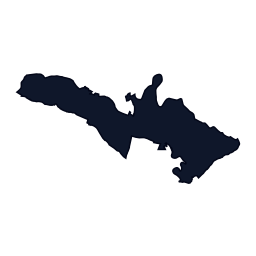 outline of Cuci, Mures, Romania, rotated 91°
{"feature_id": "2599482B99842368933543", "entity_name": "Cuci", "entity_type": "district", "adm_level": 2, "iso_a3": "ROU", "parent_name": "Romania", "parent_adm1": "Mures", "projection": "equal_earth", "projection_center": [24.16, 46.44], "detail": "fine", "context": "isolated", "style": "filled", "palette": "ink", "viewbox_px": 256, "rotation_deg": 91, "n_neighbors": 0, "source": "geoboundaries", "source_scale": "gbopen_adm2", "svg_char_len": 5678}
<svg xmlns="http://www.w3.org/2000/svg" viewBox="0 0 256 256"><g transform="rotate(91 128 128)"><path d="M94.1,239.7L97.0,234.9L97.3,234.8L98.0,235.1L98.2,232.3L98.6,230.8L99.3,229.9L99.5,230.0L101.5,226.5L101.1,226.4L102.2,225.0L102.3,224.9L102.7,223.3L102.8,221.7L103.2,219.9L103.2,219.6L103.0,218.9L103.0,217.5L103.4,214.9L103.6,214.4L104.3,213.2L105.7,211.5L105.8,209.8L106.5,206.4L106.5,204.1L106.0,202.8L106.3,202.1L106.1,201.7L105.2,201.1L105.5,199.8L106.5,199.3L107.0,198.8L107.4,198.7L108.0,198.3L109.0,196.8L110.1,195.8L110.1,195.1L110.9,194.2L111.7,192.3L111.7,192.0L112.1,191.4L112.2,190.5L112.9,189.4L112.9,188.4L113.2,187.5L113.2,185.0L113.7,183.8L113.7,182.6L114.1,181.1L114.4,180.7L115.0,180.3L115.2,179.7L115.6,179.4L120.2,168.1L123.5,169.0L123.9,168.2L124.1,166.9L125.3,167.2L125.6,166.2L125.8,165.1L125.7,164.6L125.8,163.8L126.6,161.9L127.8,160.1L128.5,159.3L130.0,158.2L133.4,156.2L138.6,152.9L140.7,150.9L140.7,150.3L141.7,149.0L142.6,148.1L144.1,146.9L145.0,146.6L148.4,141.4L150.9,138.4L151.3,136.8L151.2,136.7L151.6,136.1L154.0,134.4L156.7,131.9L158.2,129.7L155.9,129.3L154.7,129.0L153.4,128.4L153.2,128.5L150.9,127.5L147.7,126.4L146.3,126.3L135.9,124.2L137.0,120.1L137.5,116.6L137.3,113.0L137.3,111.8L137.4,111.2L138.2,108.4L139.6,105.4L140.0,104.3L140.0,104.0L141.3,101.5L142.1,101.9L142.6,99.3L143.2,95.3L148.9,97.4L148.8,90.3L147.7,90.8L147.8,91.1L147.3,91.4L147.2,91.2L145.8,91.7L144.8,89.7L145.7,89.4L145.4,88.8L143.5,89.6L143.0,90.4L142.3,89.7L144.3,86.6L146.1,85.3L147.5,84.7L147.2,84.1L148.0,83.8L148.6,83.7L148.9,84.1L150.4,83.5L150.5,83.2L151.0,83.3L151.0,83.1L151.5,83.3L151.7,83.0L153.6,83.8L155.1,84.0L156.1,83.7L156.5,83.3L157.0,82.4L157.3,81.3L157.3,80.2L157.1,79.3L155.8,77.1L155.5,76.2L155.5,75.6L155.6,75.1L156.4,74.3L159.7,71.9L160.8,70.4L161.3,69.8L161.9,69.5L162.6,69.5L162.9,69.7L162.8,70.1L161.5,72.6L161.5,73.2L161.7,73.8L162.3,74.4L163.1,74.7L163.7,74.7L164.3,74.6L166.1,73.7L167.2,73.6L167.9,73.6L168.9,74.0L169.7,74.4L170.0,74.8L170.0,75.3L169.8,75.6L168.2,76.2L167.8,76.5L167.0,77.6L166.9,78.1L166.9,78.8L167.3,80.1L168.4,81.7L169.2,82.2L170.2,82.4L170.7,82.3L172.0,81.7L172.6,81.2L173.1,80.5L174.3,78.3L176.0,76.3L177.5,75.0L178.3,74.6L179.3,74.7L180.1,75.3L180.4,75.9L180.9,75.7L180.8,75.2L181.2,72.2L180.6,72.0L181.3,69.1L181.9,67.2L182.1,66.3L181.8,65.0L181.1,64.6L180.3,63.7L179.7,63.4L179.1,63.5L177.9,62.9L176.9,63.3L175.9,63.1L176.1,62.4L176.1,62.0L174.8,60.6L174.6,59.8L174.5,58.2L176.6,56.6L173.5,53.6L171.9,51.8L170.8,51.1L168.5,49.2L167.9,48.1L166.2,46.7L164.5,45.7L163.2,44.2L162.4,43.6L160.4,42.4L159.5,41.7L157.4,38.2L157.0,37.3L156.4,35.1L155.8,34.1L155.5,33.1L154.6,32.6L153.1,30.4L152.9,29.6L152.8,28.1L152.6,27.2L151.1,25.5L150.7,24.1L149.7,22.4L149.1,21.9L148.4,20.8L148.1,20.0L147.0,18.7L145.7,17.8L144.6,17.5L142.6,16.4L141.7,16.3L140.9,16.5L139.1,17.2L137.0,18.3L137.8,19.4L137.8,20.7L136.9,22.6L135.0,25.4L135.5,26.3L135.5,27.1L134.9,29.1L133.5,31.7L132.3,32.8L131.2,33.4L131.1,33.8L131.2,35.4L130.7,36.0L129.1,38.1L125.7,41.6L125.4,42.4L125.4,43.0L126.3,44.6L126.6,44.7L126.5,46.8L123.2,49.6L121.8,51.2L121.8,52.1L121.9,53.0L121.7,53.9L120.9,55.1L120.6,56.1L118.2,60.7L118.3,61.3L117.2,61.7L113.8,62.4L113.2,62.7L112.7,63.1L111.8,64.1L110.6,66.3L110.1,67.0L108.2,68.8L104.6,72.8L104.0,73.2L103.0,73.6L98.8,74.7L98.2,74.9L97.9,75.4L97.8,75.7L98.0,76.5L99.0,78.5L99.2,79.2L99.3,80.0L99.0,81.6L97.7,87.4L97.8,87.9L98.5,89.6L99.9,90.9L101.6,92.0L105.1,94.0L106.1,94.9L106.2,95.2L106.3,96.4L105.9,97.4L105.6,97.8L104.3,98.7L100.2,100.2L98.6,100.4L96.5,100.4L93.3,100.8L90.2,101.0L89.2,100.9L88.1,100.6L87.5,100.3L86.8,99.9L83.8,97.2L82.0,95.9L80.9,95.1L79.7,94.8L78.6,94.8L77.0,95.0L75.8,95.3L74.9,95.8L74.3,96.3L73.9,97.4L74.0,98.6L74.5,100.3L75.8,102.4L76.5,102.9L77.4,103.5L78.7,103.8L83.6,104.1L84.6,104.4L85.1,105.0L85.6,107.0L86.4,108.3L90.0,111.6L98.2,114.6L98.8,115.0L99.1,115.4L99.4,116.0L99.4,116.8L99.1,118.8L98.8,119.4L98.1,120.4L97.0,121.2L96.0,121.6L94.2,121.8L94.6,122.5L95.2,123.2L95.4,123.8L95.9,124.7L96.0,125.2L96.5,125.7L96.5,126.0L95.8,126.2L95.3,126.5L94.0,126.7L93.2,126.6L93.2,127.2L93.5,127.7L94.2,128.7L95.0,129.2L96.1,129.6L96.2,130.6L96.8,130.9L98.7,130.2L100.9,129.8L100.6,128.2L99.8,127.1L98.9,126.2L99.1,125.6L100.1,124.6L103.4,123.3L104.1,123.2L105.2,122.3L106.3,121.8L107.9,121.7L110.4,121.7L112.8,122.0L113.4,121.9L114.9,122.4L114.4,122.7L115.9,123.3L113.7,126.4L112.3,125.8L111.7,126.6L115.5,128.1L113.5,133.8L112.3,136.6L111.5,138.2L111.0,138.8L109.7,139.8L107.6,141.3L105.1,141.9L103.8,142.5L101.4,144.1L98.5,147.4L97.7,149.1L97.5,149.6L97.5,150.4L97.1,151.0L96.7,152.2L96.8,154.0L97.0,156.5L96.8,157.6L96.7,157.8L96.3,157.9L95.4,157.9L95.3,158.0L94.7,157.9L94.1,160.0L94.2,160.5L93.8,161.2L94.3,161.8L95.5,162.3L94.5,165.0L94.5,165.7L94.6,166.4L94.5,166.8L94.3,166.7L93.9,165.7L93.4,165.4L92.8,165.2L92.3,164.6L91.1,166.8L91.4,167.0L91.5,167.5L91.4,167.7L90.8,167.6L90.7,167.8L90.5,168.3L90.2,168.4L89.5,168.3L88.6,169.8L88.7,170.0L88.8,169.8L88.8,170.4L89.3,170.4L89.4,170.6L89.3,170.8L88.4,170.8L88.2,170.7L88.1,171.0L87.9,171.1L87.8,171.3L87.4,171.5L87.5,172.0L88.2,172.3L88.6,173.1L88.8,174.5L89.7,176.5L89.8,177.0L89.6,177.5L88.3,179.1L86.6,180.7L83.7,182.8L81.7,183.9L80.6,185.7L80.0,186.9L79.1,190.4L78.9,191.7L78.5,193.4L78.0,194.7L77.8,197.2L77.6,197.8L77.2,199.9L77.6,203.1L77.5,203.8L77.6,205.7L78.1,207.7L78.6,208.8L78.9,210.0L79.3,210.9L79.4,211.5L79.3,212.2L77.3,213.7L76.2,215.3L75.9,215.9L75.7,217.0L75.7,218.9L75.6,220.6L77.0,230.3L77.8,230.9L78.4,231.7L79.2,232.3L81.2,233.0L82.4,233.8L83.3,234.7L84.4,235.4L84.9,235.5L87.9,235.4L89.2,235.5L90.1,235.8L91.5,236.8L93.7,239.2L94.1,239.7Z" fill="#0f172a" stroke="#020617" stroke-width="1.5"/></g></svg>